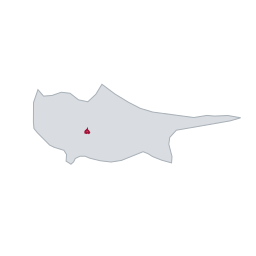 Agros, Nicosia, Cyprus (highlighted), rotated 25°
{"feature_id": "46923920B12968995104077", "entity_name": "Agros", "entity_type": "district", "adm_level": 2, "iso_a3": "CYP", "parent_name": "Cyprus", "parent_adm1": "Nicosia", "projection": "robinson", "projection_center": [33.017, 34.919], "detail": "fine", "context": "in_parent", "style": "filled", "palette": "rose", "viewbox_px": 256, "rotation_deg": 25, "n_neighbors": 0, "source": "geoboundaries", "source_scale": "gbopen_adm2", "svg_char_len": 1516}
<svg xmlns="http://www.w3.org/2000/svg" viewBox="0 0 256 256"><g transform="rotate(25 128 128)"><path d="M179.9,135.2L182.2,141.2L172.3,142.9L162.4,143.5L156.9,142.8L151.7,143.1L135.7,160.2L127.0,166.0L116.7,169.4L106.3,171.5L101.0,171.7L96.4,173.9L93.1,177.9L93.0,181.7L91.6,184.9L85.9,184.2L83.5,178.0L79.4,175.3L69.2,176.7L64.2,176.6L47.9,170.6L43.0,168.2L40.0,163.1L31.6,144.8L30.2,131.3L38.0,134.8L45.4,130.6L52.4,123.8L60.8,121.0L66.0,122.2L71.2,123.4L80.5,121.2L84.6,111.1L85.9,99.4L101.7,102.7L117.7,104.5L130.8,105.0L143.7,103.1L183.2,90.7L194.3,83.2L201.2,80.7L213.2,74.5L225.8,71.1L217.8,78.2L172.7,109.6L169.8,118.9L171.8,125.4L178.2,133.2L179.9,135.2Z" fill="#d9dde1" stroke="#a8b0b8" stroke-width="1"/><path d="M92.8,147.2L92.6,147.1L92.1,147.1L91.9,146.7L91.7,146.4L91.7,146.5L91.4,146.8L91.4,147.0L91.5,147.2L91.4,147.3L91.2,147.4L91.2,147.6L91.2,147.8L91.2,148.0L90.9,148.2L90.8,148.3L90.9,148.5L90.7,148.8L90.6,149.1L90.6,149.3L90.8,149.5L91.1,149.5L91.1,149.8L91.2,149.7L91.3,149.7L91.5,149.6L91.7,149.8L91.8,150.0L91.8,150.3L92.0,150.3L92.2,150.5L92.3,150.5L92.4,150.4L92.3,150.2L92.5,150.0L92.6,149.9L92.8,149.9L93.0,149.9L93.2,149.7L93.3,149.5L93.4,149.4L93.5,149.3L93.8,149.3L94.0,149.3L94.1,149.2L94.2,149.3L94.3,149.3L94.5,149.3L94.6,149.2L94.6,148.9L94.7,149.0L94.8,149.1L94.9,148.9L95.0,148.8L95.0,148.6L95.0,148.4L94.9,148.2L94.3,148.1L94.1,147.9L94.0,147.6L93.8,147.5L93.6,147.5L93.4,147.5L93.1,147.2L92.9,147.2L92.8,147.2Z" fill="#f43f5e" stroke="#9f1239" stroke-width="1.5"/></g></svg>